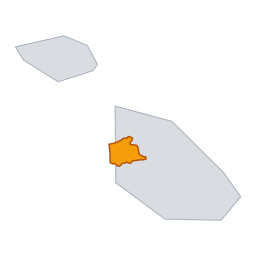 location of Mġarr within Malta
{"feature_id": "MLT-5924", "entity_name": "Mġarr", "entity_type": "state/province", "adm_level": 1, "iso_a3": "MLT", "parent_name": "Malta", "parent_adm1": "", "projection": "mercator", "projection_center": [14.373, 35.916], "detail": "fine", "context": "in_parent", "style": "filled", "palette": "amber", "viewbox_px": 256, "rotation_deg": 0, "n_neighbors": 0, "source": "natural_earth", "source_scale": "10m", "svg_char_len": 827}
<svg xmlns="http://www.w3.org/2000/svg" viewBox="0 0 256 256"><path d="M240.6,196.7L221.1,220.2L164.9,219.1L115.8,182.7L115.1,106.1L171.8,121.3L223.6,172.6L240.6,196.7ZM93.1,70.6L58.1,81.8L23.5,60.1L15.4,46.9L63.8,35.8L87.4,45.6L97.4,64.4L93.1,70.6Z" fill="#d9dde1" stroke="#a8b0b8" stroke-width="1"/><path d="M110.1,162.5L110.1,154.3L109.1,144.2L112.7,143.6L116.5,142.3L121.2,140.1L123.3,138.4L127.1,138.0L128.3,136.5L131.5,137.4L132.6,138.6L131.7,140.8L130.2,142.3L130.3,144.4L132.2,144.8L136.6,145.3L137.9,147.2L138.6,151.0L139.0,153.8L141.0,155.5L143.6,156.6L145.5,156.8L146.1,158.9L143.5,159.8L140.4,159.8L136.2,160.4L132.6,160.8L130.9,163.0L129.0,163.2L126.7,162.1L124.8,163.2L122.6,163.2L120.8,165.1L119.5,166.2L117.4,165.9L115.0,163.4L112.7,164.0L110.1,162.5Z" fill="#f59e0b" stroke="#b45309" stroke-width="1.5"/></svg>